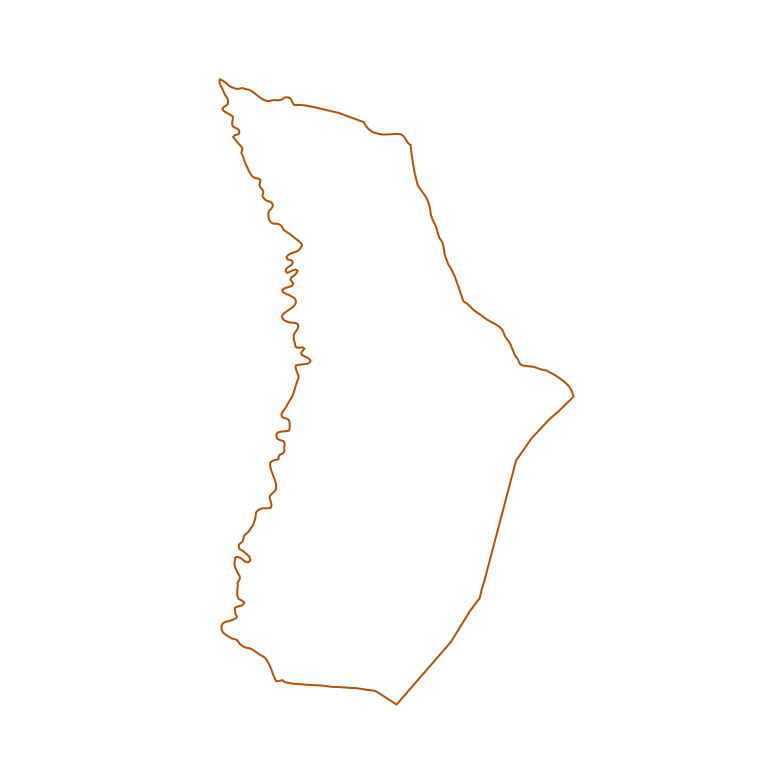 Ash Shu'ayb, Al Dali', Yemen (Mercator projection), rotated 264°
{"feature_id": "15242507B23193372099194", "entity_name": "Ash Shu'ayb", "entity_type": "district", "adm_level": 2, "iso_a3": "YEM", "parent_name": "Yemen", "parent_adm1": "Al Dali'", "projection": "mercator", "projection_center": [44.973, 13.834], "detail": "fine", "context": "isolated", "style": "outline", "palette": "amber", "viewbox_px": 768, "rotation_deg": 264, "n_neighbors": 0, "source": "geoboundaries", "source_scale": "gbopen_adm2", "svg_char_len": 6135}
<svg xmlns="http://www.w3.org/2000/svg" viewBox="0 0 768 768"><g transform="rotate(264 384 384)"><path d="M658.4,367.1L666.4,344.1L669.6,333.7L670.7,327.2L670.5,325.6L671.1,323.6L673.1,322.6L675.2,321.9L677.3,321.0L678.8,319.4L679.3,317.4L679.4,315.3L678.3,313.4L677.4,311.4L677.2,309.2L677.3,306.6L677.9,304.5L677.9,302.3L677.4,299.9L677.4,297.6L678.5,295.4L679.6,293.4L682.6,289.8L684.1,288.3L687.6,284.7L689.2,282.8L690.5,280.9L691.4,278.6L693.0,274.2L693.0,272.0L692.8,269.9L693.0,267.7L695.5,263.0L696.8,261.1L700.3,258.0L703.1,254.5L704.1,252.7L702.3,252.0L699.9,252.1L697.8,252.7L693.7,254.4L691.4,255.0L687.7,256.4L683.6,258.4L680.7,258.4L678.6,257.7L677.3,255.9L676.3,253.9L674.9,252.1L672.7,252.8L671.3,254.3L667.1,260.2L665.5,261.6L663.1,261.4L661.1,260.6L658.7,260.1L656.0,260.7L654.7,262.3L653.4,264.4L652.1,266.1L650.0,266.5L648.0,265.9L647.3,263.9L647.1,261.7L645.6,259.8L643.6,260.9L641.7,262.3L639.8,263.4L635.8,266.3L633.4,267.8L631.3,267.4L629.1,266.3L627.0,266.8L624.7,267.7L621.9,268.2L618.7,268.9L616.7,269.5L614.2,270.5L610.9,271.6L605.8,273.7L603.9,275.1L602.6,276.7L601.9,278.7L601.3,280.9L599.8,282.6L597.3,281.5L595.0,280.9L592.5,281.6L590.5,283.0L588.4,284.1L586.2,283.8L584.3,282.7L582.3,283.3L580.4,284.5L578.8,286.0L577.9,288.0L577.1,290.1L575.5,291.5L573.4,292.2L571.5,291.3L569.7,289.8L568.2,287.7L565.9,286.8L563.7,286.6L561.5,286.7L559.4,287.0L557.2,288.0L555.5,289.9L554.8,291.9L554.6,294.1L553.9,296.2L552.6,297.9L550.6,299.1L547.7,300.3L543.1,305.8L534.5,314.7L532.7,316.2L530.7,317.0L528.7,315.9L527.2,314.4L525.8,312.7L524.9,310.8L524.3,308.7L523.9,306.4L523.2,304.1L522.2,302.0L520.3,300.3L518.1,301.0L517.4,303.1L516.4,305.2L514.3,305.9L512.4,304.8L511.3,303.0L510.3,300.9L508.4,298.4L506.2,298.0L504.7,299.4L505.3,301.6L506.1,303.7L506.8,305.8L507.1,308.1L505.7,309.9L503.8,308.8L501.9,306.8L500.7,304.9L499.7,302.9L497.4,301.8L495.7,303.0L493.7,304.3L491.7,303.3L490.8,301.4L490.0,297.1L489.5,294.9L488.2,292.8L486.1,292.9L483.6,296.4L482.7,298.4L481.4,300.3L478.8,303.9L476.7,304.9L474.6,305.0L472.4,303.9L470.5,301.9L468.8,299.4L466.5,294.9L463.9,290.8L461.9,289.5L459.8,290.0L457.7,291.5L456.4,293.8L455.4,295.9L454.7,298.0L453.9,302.6L452.5,304.5L450.0,304.9L447.8,303.8L446.0,302.3L442.8,299.5L440.5,299.1L437.3,298.9L434.8,299.6L432.7,299.6L430.0,300.1L429.0,302.1L429.0,306.9L427.5,308.5L425.5,306.6L424.0,304.9L421.7,305.1L418.1,310.8L416.6,312.4L414.7,313.4L413.0,312.1L412.1,310.0L412.0,307.8L412.0,300.9L411.6,298.4L409.5,297.7L405.2,298.6L400.8,299.9L398.7,299.6L396.5,298.3L390.1,295.4L387.9,294.6L385.8,293.7L383.5,292.6L381.6,291.6L379.8,290.4L377.8,288.8L376.0,287.6L374.4,286.1L372.4,285.0L369.6,282.7L366.5,279.9L364.6,278.8L362.4,278.9L360.8,280.6L360.0,283.0L358.5,285.3L356.4,286.1L352.0,285.9L349.8,285.5L347.6,284.7L347.3,282.4L347.4,280.3L347.3,275.7L346.9,273.4L345.4,271.8L343.3,271.7L341.0,271.9L339.7,273.6L338.6,275.8L337.8,277.9L335.9,278.9L333.8,278.9L331.7,278.1L327.5,278.0L325.7,276.3L325.0,274.3L324.1,272.4L322.2,271.5L320.1,271.1L320.0,268.8L319.6,266.6L318.9,264.6L317.7,262.6L315.5,262.2L313.4,262.3L308.8,263.1L301.1,265.1L296.1,266.1L294.0,266.1L291.9,265.8L289.9,265.1L288.3,263.4L285.5,259.6L283.4,258.3L276.7,259.4L274.4,259.4L272.6,258.2L272.6,256.1L272.9,251.7L273.0,249.3L272.3,247.0L271.2,244.9L269.6,243.4L265.3,242.3L263.2,241.7L256.9,238.9L255.2,237.1L251.3,234.0L250.0,231.9L248.7,229.9L246.8,228.6L244.6,228.0L242.4,227.1L241.1,225.3L239.7,223.0L237.6,222.6L235.3,222.7L232.7,226.3L228.2,230.6L225.9,232.1L223.6,232.7L221.7,231.9L220.9,229.8L221.7,227.6L225.1,224.2L226.4,222.2L227.5,220.2L227.1,218.1L222.9,216.8L219.7,216.5L217.4,216.7L214.4,217.7L212.3,218.5L207.8,220.4L205.6,220.3L203.8,219.2L201.7,217.6L199.4,217.6L197.2,217.2L192.5,216.2L190.4,216.0L188.2,216.2L185.7,216.8L182.8,220.8L181.2,222.2L179.4,221.0L178.5,219.1L177.8,214.5L177.0,212.4L174.8,212.1L170.3,212.4L168.1,213.5L166.3,212.1L165.5,209.5L164.2,204.5L164.2,202.4L163.6,200.3L162.5,198.4L160.6,197.3L158.4,196.8L156.1,197.0L153.8,197.9L151.9,199.6L150.3,201.5L147.6,204.9L146.5,207.0L145.8,209.0L144.7,211.0L142.9,212.2L140.9,213.1L139.4,214.6L137.9,216.2L136.6,218.2L135.2,222.7L134.0,224.8L130.7,229.0L127.7,232.3L125.2,235.9L123.4,237.5L121.3,238.7L117.7,240.3L115.7,240.9L112.8,241.9L107.4,243.1L105.2,243.7L102.5,244.7L99.6,245.8L99.6,248.0L99.9,250.3L100.0,252.1L98.2,253.7L97.3,255.8L96.7,258.0L96.0,260.1L95.4,262.4L95.0,264.5L94.9,266.6L94.2,268.9L93.9,271.2L93.3,273.6L92.6,278.1L91.7,283.2L91.0,288.9L89.9,294.0L87.9,301.9L87.7,304.1L87.3,307.1L86.0,315.2L85.0,320.3L84.4,324.9L83.6,327.7L83.0,330.3L81.7,334.6L81.2,337.2L80.4,340.0L80.1,342.1L79.1,344.1L63.9,363.0L120.5,423.6L148.8,445.4L159.0,454.9L160.7,456.6L162.8,457.5L165.0,458.1L169.2,459.6L177.1,463.0L294.4,507.5L304.3,516.3L314.6,525.1L331.5,544.6L339.1,555.4L351.6,571.2L356.1,570.3L358.8,569.5L361.0,568.5L362.8,567.3L364.7,565.9L368.2,562.9L369.5,561.2L374.6,555.5L377.0,552.2L378.1,550.2L379.7,548.1L380.7,546.3L381.3,544.1L382.9,539.8L385.0,535.6L385.7,533.6L386.1,531.5L387.2,526.5L387.8,524.4L388.8,522.1L390.7,520.9L394.8,519.7L396.7,518.4L398.7,517.3L401.0,516.5L403.3,516.0L406.0,515.0L408.3,514.6L410.3,513.9L412.5,512.9L418.9,509.2L421.0,508.8L425.6,507.3L427.3,506.0L429.0,504.6L430.5,502.8L431.9,501.0L433.3,498.9L437.5,492.9L442.2,487.8L443.7,486.0L445.1,484.3L448.0,481.1L449.7,479.6L451.6,478.0L453.5,476.7L455.3,474.9L456.6,473.2L458.0,471.7L460.6,471.0L466.3,469.7L471.3,468.7L473.9,468.0L475.9,467.4L478.7,466.8L480.8,466.2L483.0,465.8L485.2,465.0L487.2,464.2L489.6,463.6L494.2,461.5L496.7,460.3L501.3,459.2L503.9,458.4L506.4,458.0L508.7,457.8L511.1,457.8L517.9,457.0L519.9,456.4L523.7,454.3L528.8,453.2L531.2,452.9L533.9,452.4L536.3,451.8L538.3,451.1L541.1,449.9L546.9,448.4L547.7,448.3L552.3,448.2L554.4,448.0L559.7,447.2L565.8,445.2L577.7,438.4L592.1,436.4L608.6,435.5L619.1,435.4L619.1,435.0L620.8,433.4L622.9,432.1L627.0,430.2L628.8,428.7L630.3,427.3L631.1,425.0L631.6,420.5L631.8,413.7L632.2,409.1L632.8,406.8L633.4,404.8L635.0,400.5L636.0,398.6L639.5,395.0L641.7,393.5L644.8,391.9L646.5,391.3L658.4,367.1Z" fill="none" stroke="#b45309" stroke-width="2"/></g></svg>